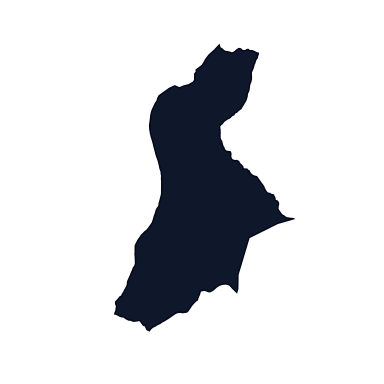 outline of Karim Lamido, Taraba, Nigeria, rotated 147°
{"feature_id": "59680162B13157392837231", "entity_name": "Karim Lamido", "entity_type": "district", "adm_level": 2, "iso_a3": "NGA", "parent_name": "Nigeria", "parent_adm1": "Taraba", "projection": "robinson", "projection_center": [10.84, 9.149], "detail": "fine", "context": "isolated", "style": "filled", "palette": "ink", "viewbox_px": 384, "rotation_deg": 147, "n_neighbors": 0, "source": "geoboundaries", "source_scale": "gbopen_adm2", "svg_char_len": 4523}
<svg xmlns="http://www.w3.org/2000/svg" viewBox="0 0 384 384"><g transform="rotate(147 192 192)"><path d="M227.8,198.1L228.5,197.7L230.2,197.2L232.3,195.8L233.6,194.6L235.7,192.9L237.0,192.0L238.4,190.7L240.4,189.0L242.1,187.7L246.9,185.8L248.2,185.3L249.3,184.9L251.1,184.4L253.2,184.3L255.3,183.8L258.0,183.3L260.1,182.3L262.5,181.4L263.5,181.0L266.6,179.2L268.7,177.9L270.7,175.0L272.3,172.5L273.6,170.8L274.9,168.3L276.9,165.0L278.0,163.2L278.2,162.9L279.9,161.2L282.3,160.3L284.0,159.0L285.4,158.1L287.4,156.8L288.4,155.9L289.8,155.1L293.2,152.9L294.6,152.0L295.4,151.0L295.9,150.3L296.9,149.3L297.6,148.6L300.5,147.0L302.2,146.2L303.4,145.3L304.8,144.7L306.2,144.1L307.4,143.1L309.8,143.2L312.6,142.2L315.9,141.4L317.0,139.6L317.2,137.7L318.3,136.2L320.1,134.2L321.1,133.3L321.9,132.8L323.1,131.9L322.0,130.5L321.2,129.3L320.9,128.9L320.2,127.3L319.0,125.8L317.2,124.3L316.6,122.5L316.4,121.9L315.7,120.7L314.5,118.8L313.5,118.4L311.6,115.7L309.3,114.4L306.2,113.1L305.5,111.9L305.5,109.9L305.3,106.6L304.1,105.8L304.3,103.2L304.7,101.2L303.3,98.9L302.9,99.1L301.4,99.7L298.4,100.1L295.9,99.7L293.4,99.8L291.9,99.5L290.7,99.3L287.7,99.4L286.3,99.2L284.5,99.1L282.7,99.1L281.0,99.0L279.0,99.1L278.5,99.1L276.5,99.2L275.4,99.2L274.6,99.2L272.3,99.3L271.6,99.2L270.5,99.1L267.5,97.8L265.4,95.9L262.0,94.4L261.9,94.3L260.9,94.3L258.5,95.2L256.1,96.2L254.7,96.9L252.7,97.5L250.4,98.1L248.5,98.5L248.4,98.6L246.3,98.6L245.0,99.8L243.3,101.0L242.8,101.3L242.3,101.6L241.6,102.1L241.0,102.7L240.8,102.8L238.8,104.5L234.7,102.7L232.5,99.6L231.0,98.5L229.9,98.5L228.1,98.3L225.2,98.7L222.7,99.1L221.0,99.0L219.6,98.9L217.1,98.3L213.8,96.6L212.3,95.2L211.3,93.9L210.9,93.1L210.8,92.2L210.4,89.6L210.3,88.8L210.1,88.1L209.1,83.6L206.5,85.8L198.5,97.7L169.9,122.0L169.1,122.7L158.4,121.5L137.2,119.1L134.4,118.2L121.5,114.3L121.6,114.5L122.5,115.1L122.9,115.5L124.6,116.8L125.4,117.7L126.6,118.5L127.5,120.3L127.9,121.6L128.3,122.5L128.8,122.9L129.2,124.7L129.4,129.6L129.1,131.4L127.2,133.7L126.1,134.7L125.4,136.0L125.4,137.9L126.2,138.7L126.7,140.1L125.6,142.4L125.6,143.3L125.7,144.2L125.3,145.1L127.0,146.8L127.4,148.1L127.5,148.2L128.2,149.0L129.0,149.4L129.5,150.7L129.6,152.5L129.6,153.8L129.3,155.7L129.3,156.5L129.0,157.5L129.0,159.3L129.1,160.6L129.2,161.9L129.2,163.3L129.3,165.1L129.4,168.2L129.5,169.6L131.1,171.3L132.0,172.6L132.8,174.8L132.9,176.1L133.0,177.9L132.6,178.3L133.5,180.0L133.5,181.2L135.7,182.7L136.4,184.2L135.6,185.9L136.0,187.1L136.0,187.6L136.1,188.2L136.6,190.3L136.3,192.1L137.2,193.9L138.8,194.7L139.6,195.6L140.4,196.4L140.8,197.3L140.9,199.1L140.2,200.9L138.7,202.8L138.3,203.7L138.1,204.9L139.1,205.8L140.2,206.6L141.3,207.7L141.7,209.7L141.1,212.6L141.2,213.8L140.6,215.4L140.3,216.7L139.6,218.3L139.7,219.5L139.1,222.4L138.2,223.5L137.4,224.9L136.4,226.1L135.5,227.8L134.8,228.6L134.2,230.3L132.9,232.3L131.1,232.8L129.4,232.9L128.3,233.4L127.5,233.6L127.1,233.7L126.6,233.9L124.5,234.0L122.1,234.1L121.0,233.7L119.2,233.8L116.8,234.4L115.0,234.0L113.4,234.7L112.6,235.0L110.9,234.7L108.8,235.2L106.7,235.3L105.6,235.3L102.9,236.7L102.2,237.0L101.9,237.1L100.8,237.6L100.0,238.1L99.5,238.5L99.1,238.6L98.1,238.9L96.7,239.8L94.0,242.0L92.7,243.6L92.0,244.5L90.3,245.4L88.6,246.7L87.6,247.9L86.9,248.8L86.2,249.6L84.9,250.9L83.9,251.7L82.5,252.6L80.5,254.7L79.2,256.8L78.2,258.5L77.2,260.1L73.1,262.8L71.8,264.0L70.4,265.3L69.4,265.8L67.4,267.5L65.3,268.8L64.3,268.9L63.3,270.1L61.6,271.4L60.9,272.3L61.6,273.0L62.4,274.2L63.5,276.1L64.6,277.7L65.7,278.4L66.8,279.2L67.2,280.8L68.3,281.5L70.1,281.4L71.1,281.8L72.9,283.3L73.0,284.9L73.8,286.1L74.8,286.8L76.6,286.7L78.0,286.7L79.0,286.2L82.2,286.5L83.3,287.2L84.4,288.8L85.5,289.9L86.2,290.7L87.7,291.8L88.4,293.4L88.9,295.4L90.0,297.7L89.2,300.4L94.8,299.0L95.4,298.8L103.2,297.6L108.1,295.8L111.0,294.2L114.6,292.6L122.0,292.1L122.7,290.4L125.4,289.5L128.8,284.3L131.5,283.3L134.0,283.6L135.8,283.5L137.9,284.2L139.2,284.6L141.1,285.3L142.9,285.6L146.0,286.2L148.6,290.3L150.7,290.6L154.6,291.2L157.8,291.0L160.9,290.9L167.2,290.6L169.6,289.2L172.0,287.1L173.7,286.6L175.8,285.4L177.0,284.6L179.5,283.1L180.9,282.2L182.9,280.5L185.3,278.0L185.9,277.1L187.5,275.3L191.3,270.8L193.2,267.5L194.8,263.8L196.1,260.1L197.0,256.8L198.2,253.1L199.2,250.3L200.4,246.6L201.7,242.9L202.6,239.2L203.5,235.6L205.0,231.5L206.0,229.0L206.6,226.1L207.9,223.7L208.5,222.0L209.5,220.8L210.3,219.6L210.8,218.7L211.5,217.4L218.4,207.0L220.1,205.3L222.4,203.2L225.8,200.2L227.1,198.5L227.8,198.1Z" fill="#0f172a" stroke="#020617" stroke-width="1.5"/></g></svg>